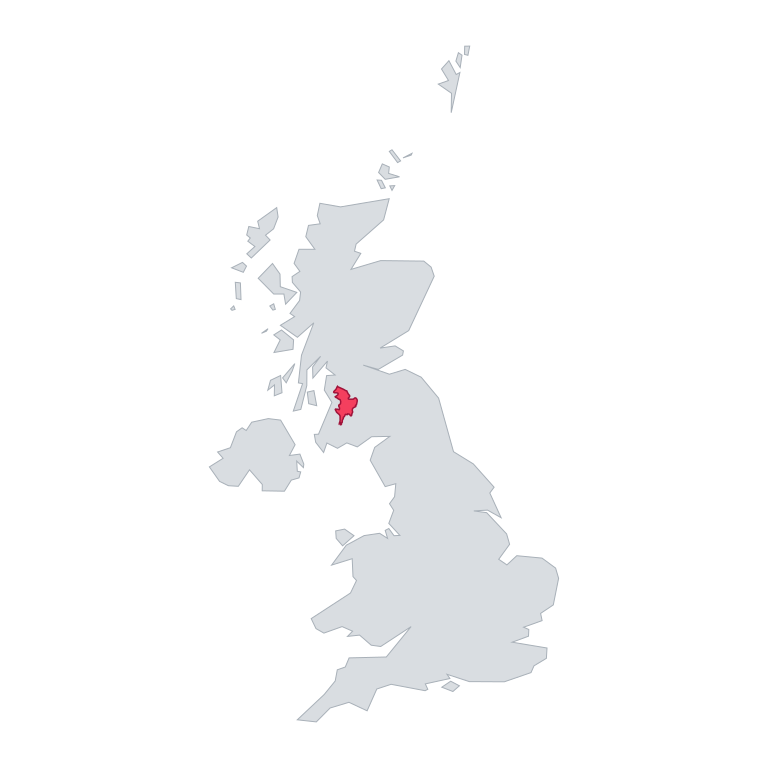 United Kingdom, with East Ayrshire highlighted
{"feature_id": "GBR-2001", "entity_name": "East Ayrshire", "entity_type": "Unitary District", "adm_level": 1, "iso_a3": "GBR", "parent_name": "United Kingdom", "parent_adm1": "", "projection": "mercator", "projection_center": [-4.337, 55.451], "detail": "fine", "context": "in_parent", "style": "filled", "palette": "rose", "viewbox_px": 768, "rotation_deg": 0, "n_neighbors": 0, "source": "natural_earth", "source_scale": "10m", "svg_char_len": 5130}
<svg xmlns="http://www.w3.org/2000/svg" viewBox="0 0 768 768"><path d="M411.1,626.6L380.7,646.5L371.2,645.2L359.6,635.1L347.5,636.4L352.6,631.2L342.1,626.6L323.9,633.1L316.0,628.6L311.2,618.6L350.5,593.0L356.5,580.5L353.0,576.6L352.2,558.7L331.6,565.1L346.3,545.2L364.1,535.6L379.6,533.3L387.6,538.4L385.2,530.4L388.8,528.5L394.0,535.7L399.9,535.4L388.8,523.4L393.7,510.3L389.5,503.7L394.6,496.7L395.8,483.7L385.2,486.6L370.2,460.2L374.7,447.4L389.8,436.4L371.6,436.7L357.3,446.9L346.8,442.9L337.5,448.3L326.9,443.0L323.6,452.5L315.7,442.3L314.3,434.4L318.5,434.2L331.9,402.4L324.3,390.1L326.6,375.6L335.1,375.0L326.0,367.9L327.5,361.1L312.9,378.1L312.6,367.0L320.6,356.3L306.9,369.9L306.8,385.6L300.8,409.4L293.3,411.1L302.6,383.6L298.4,382.9L301.5,355.2L313.8,322.8L297.4,337.3L280.4,325.3L294.6,316.6L290.0,313.4L299.6,300.5L300.6,292.0L292.4,282.4L292.1,276.6L299.9,271.4L294.1,263.4L299.0,249.3L314.9,249.3L305.8,236.7L308.5,225.4L320.2,223.8L317.3,215.6L319.9,203.3L340.5,206.9L389.2,198.7L383.6,219.9L356.1,244.1L354.5,251.2L360.8,253.4L351.0,269.4L380.7,260.6L423.8,261.1L431.1,267.1L434.2,276.2L408.7,330.6L380.1,348.1L395.1,345.9L403.4,350.9L402.6,355.1L378.3,369.4L363.2,365.1L389.4,374.2L405.2,369.4L421.2,377.2L438.6,398.1L453.5,451.7L473.3,463.9L494.1,487.2L489.8,493.0L501.1,517.7L487.5,510.1L473.8,510.9L486.7,512.7L506.6,533.9L509.6,544.3L498.7,559.3L506.9,564.9L516.8,555.7L542.0,558.1L555.6,568.1L558.6,578.3L553.3,604.9L540.6,613.4L542.1,620.6L523.6,627.2L528.8,629.5L528.5,636.2L512.1,642.2L547.0,648.0L546.4,658.3L534.0,665.8L531.0,672.6L504.3,681.8L469.3,681.6L447.0,674.3L449.9,678.5L425.3,683.9L427.8,689.3L425.1,690.7L391.1,684.3L376.8,689.0L367.1,710.8L348.9,702.3L330.1,708.0L316.3,721.9L297.3,719.8L324.2,694.5L335.2,681.0L337.3,669.8L345.3,667.0L349.1,657.9L386.3,657.0L411.1,626.6ZM284.4,491.2L262.2,490.8L262.3,484.5L249.5,469.8L238.3,486.3L228.4,485.7L219.6,481.4L209.4,466.9L223.1,458.3L217.6,452.0L230.4,447.7L236.5,431.8L242.1,427.8L246.2,430.5L251.7,422.2L268.3,418.6L280.6,420.1L295.1,444.7L289.4,455.5L299.9,454.1L303.8,464.1L303.4,467.6L296.7,461.1L297.3,471.3L300.7,471.9L299.0,477.9L291.3,480.1L284.4,491.2ZM278.1,217.0L273.6,228.8L265.5,235.2L270.1,240.0L251.3,258.0L246.8,253.8L254.9,246.5L247.8,241.2L250.3,238.0L246.7,235.0L248.8,226.5L259.5,228.7L257.7,221.2L276.7,207.6L278.1,217.0ZM280.0,274.1L280.3,286.7L296.8,292.4L285.6,304.2L283.9,294.0L273.7,294.0L258.2,278.3L272.5,263.5L280.0,274.1ZM448.9,60.7L456.2,74.5L459.9,72.5L451.2,112.7L451.5,93.3L438.3,84.1L448.5,80.5L441.5,69.0L448.9,60.7ZM293.0,349.3L274.0,352.5L280.2,339.9L273.8,334.9L281.5,330.0L293.6,339.9L293.0,349.3ZM344.6,529.1L354.0,535.7L342.6,545.8L336.2,538.4L335.7,530.9L344.6,529.1ZM280.6,375.5L282.0,392.7L274.3,395.8L274.5,384.9L267.8,390.2L270.5,380.3L280.6,375.5ZM389.3,167.0L388.6,173.4L399.5,176.8L385.2,179.3L378.6,172.5L382.3,163.9L389.3,167.0ZM316.7,405.7L308.7,403.7L307.3,392.1L313.9,390.6L316.7,405.7ZM459.4,685.8L452.9,691.5L441.8,687.2L450.7,681.2L459.4,685.8ZM286.2,382.8L282.6,377.9L294.8,363.6L292.3,370.8L286.2,382.8ZM242.5,262.4L246.5,266.1L243.3,272.3L231.6,267.8L242.5,262.4ZM241.0,299.6L236.3,298.6L235.3,282.3L240.4,282.9L241.0,299.6ZM460.2,67.6L455.9,61.1L458.4,52.7L462.0,55.2L460.2,67.6ZM400.6,160.9L397.6,162.6L389.3,151.4L392.0,149.8L400.6,160.9ZM385.3,187.8L381.2,188.7L377.1,180.0L381.5,180.3L385.3,187.8ZM469.7,46.1L467.9,55.3L464.5,54.4L464.7,46.2L469.7,46.1ZM411.2,155.1L403.0,157.9L412.0,153.3L411.2,155.1ZM275.3,309.4L272.9,310.1L269.8,306.0L273.7,303.8L275.3,309.4ZM394.7,185.6L392.0,190.4L389.8,185.9L394.7,185.6ZM266.4,331.2L261.5,333.3L268.0,328.7L266.4,331.2ZM235.1,309.4L232.0,310.3L230.6,308.9L233.7,305.9L235.1,309.4Z" fill="#d9dde1" stroke="#a8b0b8" stroke-width="1"/><path d="M338.6,409.6L339.3,409.6L339.5,409.1L339.5,408.0L339.3,407.3L338.9,406.6L338.7,405.9L338.8,405.1L339.6,404.6L340.5,403.6L340.6,402.6L340.7,401.4L340.1,399.7L338.4,399.0L337.0,397.9L335.8,397.4L335.2,396.8L335.4,396.6L336.6,395.8L337.8,394.9L338.1,394.0L338.1,393.4L336.9,392.8L336.1,392.8L335.0,392.8L334.2,392.7L333.7,392.2L333.9,391.4L334.8,390.5L336.1,389.1L337.0,387.1L337.5,386.3L337.9,386.8L343.5,389.3L345.7,390.6L346.8,390.9L347.3,392.1L348.1,393.7L348.7,394.5L349.4,395.2L349.7,395.9L349.7,396.3L349.3,397.0L348.4,398.0L348.3,398.8L348.8,399.2L349.5,399.2L350.4,399.2L352.4,399.2L353.5,399.1L354.1,398.5L354.7,398.0L355.4,397.9L356.0,398.1L356.8,399.1L357.2,400.0L357.2,401.1L357.0,402.1L356.7,403.7L356.4,404.9L355.8,405.1L355.5,405.4L355.8,406.4L355.7,406.6L353.3,407.8L352.4,409.0L352.3,410.5L352.7,412.0L351.8,413.9L351.8,415.0L351.0,415.9L350.4,415.6L349.6,414.5L349.1,414.1L347.6,413.9L347.4,414.6L347.1,414.7L345.7,414.3L345.3,414.5L344.4,416.5L343.4,417.3L343.3,418.6L342.4,420.1L342.2,422.3L341.6,422.8L341.5,424.1L341.0,424.7L340.5,424.7L340.3,422.7L339.9,422.7L339.6,423.6L339.3,423.8L339.3,423.3L339.7,422.1L340.1,421.1L340.1,419.7L340.1,418.6L340.1,417.1L340.1,416.1L339.7,415.2L339.0,414.3L337.9,413.4L336.9,412.5L336.4,411.9L336.0,410.9L335.4,409.9L335.3,409.4L335.7,409.0L336.6,409.2L337.6,409.2L338.6,409.6Z" fill="#f43f5e" stroke="#9f1239" stroke-width="1.5"/></svg>